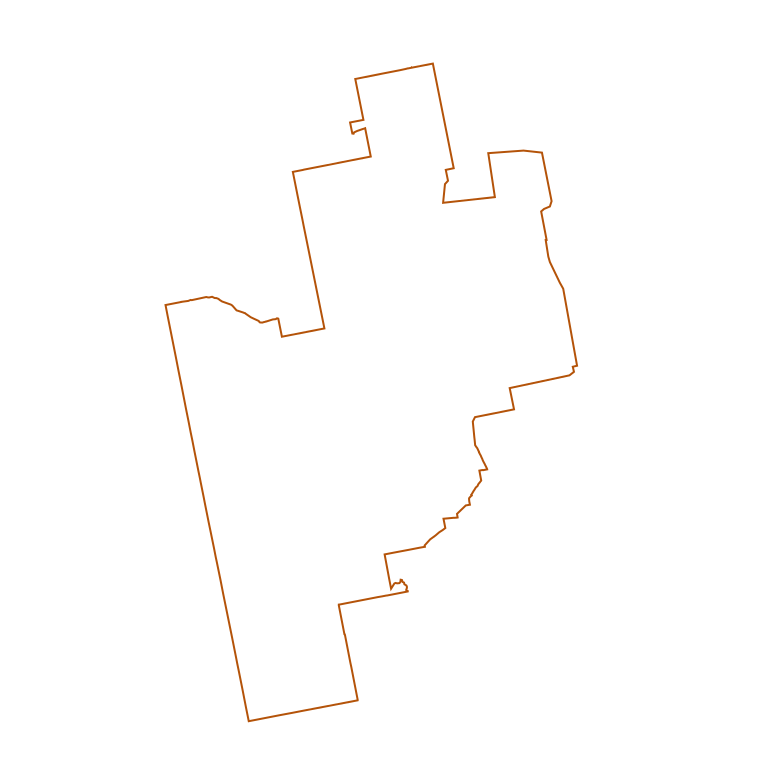 Kimba, South Australia, Australia, rotated 79°
{"feature_id": "25037944B98652038613248", "entity_name": "Kimba", "entity_type": "district", "adm_level": 2, "iso_a3": "AUS", "parent_name": "Australia", "parent_adm1": "South Australia", "projection": "robinson", "projection_center": [136.231, -32.967], "detail": "fine", "context": "isolated", "style": "outline", "palette": "amber", "viewbox_px": 768, "rotation_deg": 79, "n_neighbors": 0, "source": "geoboundaries", "source_scale": "gbopen_adm2", "svg_char_len": 4505}
<svg xmlns="http://www.w3.org/2000/svg" viewBox="0 0 768 768"><g transform="rotate(79 384 384)"><path d="M625.1,581.4L630.1,581.4L639.3,581.3L657.1,581.2L661.7,581.2L661.8,581.2L674.9,581.2L689.2,581.1L689.2,565.0L689.2,549.5L689.3,537.1L689.3,536.8L689.3,525.4L689.4,502.7L689.5,470.5L689.5,470.4L689.5,470.2L689.3,470.1L688.8,470.1L688.7,470.1L688.2,470.1L686.8,470.1L686.5,470.1L682.5,470.1L682.1,470.1L680.9,470.1L680.2,470.1L679.8,470.1L679.5,470.1L678.6,470.1L677.8,470.1L674.2,470.1L672.2,470.1L671.9,470.1L671.7,470.1L671.4,470.1L671.0,470.1L670.8,470.1L670.0,470.1L663.9,470.1L662.2,470.1L660.0,470.1L656.3,470.1L655.7,470.1L651.1,470.2L648.9,470.2L642.3,470.2L633.5,470.2L631.3,470.2L624.6,470.2L622.8,470.2L622.3,470.3L622.3,470.5L622.2,470.6L610.4,470.6L592.3,470.6L592.2,470.5L592.0,470.3L591.9,470.3L591.9,470.2L592.0,469.8L592.0,468.2L592.0,465.0L592.0,457.5L592.0,456.8L592.0,456.7L592.0,449.7L592.0,448.0L592.0,444.6L592.0,441.6L592.0,441.4L592.0,433.1L592.0,430.6L592.1,426.5L592.1,421.9L592.2,421.6L592.2,399.5L591.6,400.6L590.4,401.5L588.5,400.4L587.1,400.2L586.0,400.5L584.5,402.2L582.8,402.2L581.9,403.5L579.8,403.8L579.3,405.0L581.4,405.7L582.4,406.8L582.2,409.1L581.5,410.6L581.8,411.9L586.3,416.1L575.8,416.1L551.4,415.9L551.4,406.9L551.5,391.4L551.5,380.3L551.6,374.9L550.2,374.9L547.6,371.4L545.3,368.3L542.5,362.3L540.1,358.1L538.5,354.1L537.1,351.3L531.3,351.3L527.6,351.3L528.5,342.5L528.5,342.1L528.6,341.4L528.8,340.4L529.0,338.6L529.1,337.9L529.1,337.6L529.1,337.3L529.1,337.2L525.4,337.1L518.8,326.9L518.9,322.7L515.4,322.7L513.6,322.5L513.3,322.5L513.0,322.4L512.8,322.4L512.7,322.3L512.2,322.1L511.7,321.5L511.3,320.9L510.7,320.1L510.5,319.8L510.3,319.2L510.2,319.1L509.4,319.5L509.0,319.0L508.3,318.4L507.9,318.0L507.5,317.7L507.4,317.6L507.2,317.5L506.8,317.0L506.6,316.8L506.0,316.4L505.2,315.5L503.4,313.9L502.9,313.3L502.2,312.0L501.8,311.5L501.7,311.4L500.8,310.9L500.3,310.5L500.2,310.4L500.1,310.2L499.5,309.6L499.0,308.9L498.9,308.7L498.2,308.1L497.7,307.4L497.3,307.0L487.2,306.9L487.2,304.5L487.2,304.1L487.3,303.8L487.3,303.5L487.5,303.2L487.5,299.0L487.3,299.0L487.2,299.0L486.8,299.1L486.7,299.1L486.2,299.2L485.1,299.5L484.6,299.6L482.7,300.2L481.4,300.5L480.8,300.7L480.3,300.9L480.2,300.9L478.9,301.3L477.3,301.7L476.4,301.8L474.6,302.3L472.6,302.7L471.3,303.2L469.2,303.7L468.9,303.7L468.9,303.8L468.5,303.8L464.8,304.7L462.8,305.7L462.4,305.8L461.5,306.2L456.2,305.7L453.5,305.5L447.3,304.9L440.9,304.3L437.8,304.0L433.9,301.0L433.7,261.2L412.0,261.4L410.9,200.3L408.3,195.2L403.1,195.4L402.9,191.0L324.7,189.9L318.0,192.1L295.9,197.9L290.3,198.4L273.5,197.8L273.6,196.9L244.6,196.8L242.7,193.5L241.4,187.3L236.5,184.6L187.0,184.8L181.5,202.5L177.3,237.6L221.7,239.5L217.4,291.4L199.4,286.0L196.7,282.4L185.6,282.5L185.5,274.4L78.8,274.9L78.8,296.1L78.8,296.3L78.5,296.5L78.7,296.8L78.8,296.9L78.8,297.0L78.8,297.6L78.8,299.0L78.8,300.1L78.8,300.3L78.7,300.7L78.8,301.3L78.8,301.6L78.8,301.8L78.8,302.4L78.8,302.5L78.8,302.4L78.9,302.5L78.9,303.1L78.9,303.7L79.0,308.5L79.0,310.0L79.0,312.6L79.0,314.1L79.0,315.4L79.0,327.9L79.1,354.0L120.8,353.8L120.8,367.4L132.1,367.3L132.5,366.1L131.3,365.3L130.5,362.1L129.3,353.7L158.2,353.6L158.2,356.4L158.2,376.8L158.3,398.1L158.3,421.7L158.4,422.9L158.4,423.1L158.4,433.0L180.2,432.9L180.3,432.9L195.3,432.8L207.1,432.7L213.2,432.7L237.5,432.5L317.7,431.9L318.1,431.9L318.1,436.1L318.1,475.2L299.7,475.3L299.3,475.8L299.1,476.8L299.7,477.8L299.4,480.8L300.2,487.7L300.1,487.8L300.3,489.1L300.3,490.1L300.5,491.6L300.0,493.7L299.9,494.0L299.1,494.6L298.3,494.9L298.1,495.1L295.3,499.0L293.0,502.1L289.2,505.8L288.8,506.2L288.2,506.7L288.0,506.8L287.8,507.3L287.7,507.4L287.5,507.7L287.5,507.8L287.0,508.5L284.2,513.5L283.7,514.5L283.4,514.8L278.6,517.6L277.8,518.2L277.4,518.5L276.7,519.4L275.3,521.8L272.1,527.2L270.1,529.3L268.9,530.2L267.7,532.1L267.3,533.8L265.6,536.1L265.7,539.2L265.4,540.3L264.7,541.9L265.0,556.7L264.9,557.0L264.6,557.8L265.1,560.3L264.7,567.2L264.7,567.3L264.8,567.3L264.8,583.4L275.5,583.4L318.1,583.2L331.0,583.2L348.5,583.1L360.4,583.1L360.7,583.1L370.3,583.1L370.5,583.1L383.9,583.0L384.0,583.0L395.0,583.0L403.1,582.9L409.9,582.9L410.2,582.9L413.9,582.9L414.0,582.9L431.8,582.8L433.4,582.8L440.9,582.7L445.7,582.7L460.5,582.6L460.8,582.6L461.0,582.6L466.7,582.6L467.9,582.6L486.1,582.5L493.7,582.4L513.0,582.2L518.9,582.2L522.1,582.2L526.9,582.1L545.3,581.9L545.9,581.9L559.0,581.9L592.5,581.6L603.8,581.5L625.1,581.4Z" fill="none" stroke="#b45309" stroke-width="2"/></g></svg>